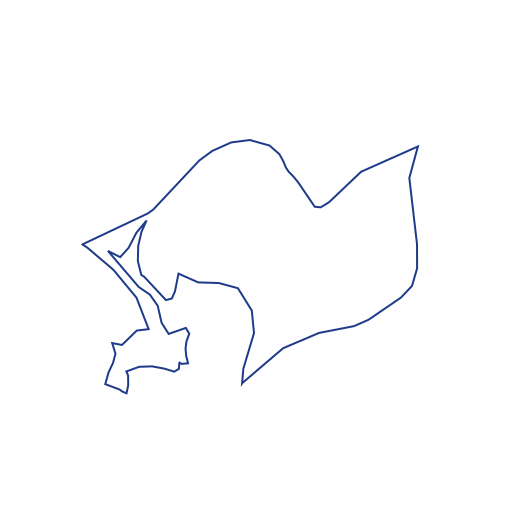 SVG path tracing the border of Đà Nẵng, rotated 149°
{"feature_id": "VNM-491", "entity_name": "Đà Nẵng", "entity_type": "City", "adm_level": 1, "iso_a3": "VNM", "parent_name": "Vietnam", "parent_adm1": "", "projection": "robinson", "projection_center": [108.18, 16.099], "detail": "fine", "context": "isolated", "style": "outline", "palette": "blue", "viewbox_px": 512, "rotation_deg": 149, "n_neighbors": 0, "source": "natural_earth", "source_scale": "10m", "svg_char_len": 1220}
<svg xmlns="http://www.w3.org/2000/svg" viewBox="0 0 512 512"><g transform="rotate(149 256 256)"><path d="M333.6,153.9L324.9,165.9L297.4,191.0L287.7,211.4L288.1,237.7L301.7,251.9L319.2,263.2L331.5,280.8L343.8,267.3L350.1,262.9L355.9,264.6L362.6,296.1L364.1,298.8L359.9,312.5L351.7,325.4L341.5,335.9L331.5,342.8L346.4,337.6L361.0,328.6L373.0,325.0L380.3,336.6L372.5,289.9L366.8,277.4L365.9,263.9L371.3,247.4L371.0,234.2L353.2,230.5L353.2,223.8L359.5,218.7L364.1,212.9L367.3,206.3L369.5,199.0L375.3,201.8L376.4,203.9L377.0,203.6L380.2,199.0L385.7,199.0L392.6,206.7L401.9,214.9L413.2,221.2L426.6,223.8L427.2,219.4L432.2,210.9L437.7,205.0L440.3,208.5L441.8,211.9L451.2,223.8L442.3,232.2L433.6,238.0L426.8,244.6L424.1,255.4L416.7,248.8L396.6,253.5L385.7,248.6L379.9,281.7L385.3,317.5L396.3,350.1L398.8,355.2L398.3,355.3L326.9,348.2L320.3,348.7L255.3,367.1L239.3,368.6L218.7,366.1L201.6,358.6L187.5,343.7L183.5,331.2L183.8,322.8L184.8,316.7L184.6,311.5L182.9,304.4L181.9,297.1L180.3,268.0L175.5,264.4L165.7,264.5L122.4,274.1L60.8,266.5L84.4,243.9L112.0,183.0L124.3,162.4L137.7,150.0L153.2,145.7L192.5,143.4L208.1,145.4L241.6,157.6L280.2,163.0L332.9,154.2L333.6,153.9Z" fill="none" stroke="#1e3a8a" stroke-width="2"/></g></svg>